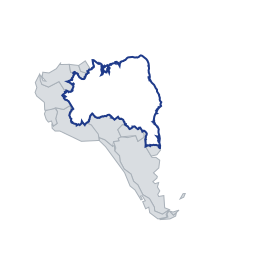 Brazil highlighted on a map of South America, rotated 320°
{"feature_id": "BRA", "entity_name": "Brazil", "entity_type": "country or territory", "adm_level": 0, "iso_a3": "BRA", "parent_name": "South America", "parent_adm1": "", "projection": "natural_earth1", "projection_center": [-55.283, -14.242], "detail": "fine", "context": "in_parent", "style": "outline", "palette": "blue", "viewbox_px": 256, "rotation_deg": 320, "n_neighbors": 12, "source": "natural_earth", "source_scale": "50m", "svg_char_len": 9159}
<svg xmlns="http://www.w3.org/2000/svg" viewBox="0 0 256 256"><g transform="rotate(320 128 128)"><path d="M106.3,218.0L108.4,221.3L114.3,223.7L106.7,224.1L106.3,218.0ZM129.5,153.6L127.5,165.9L130.5,168.4L131.6,173.1L125.9,178.4L118.7,178.7L119.3,184.0L117.9,185.0L112.5,185.1L112.9,188.0L116.4,189.5L112.6,192.1L111.9,196.6L108.1,198.0L107.5,200.2L112.0,202.8L104.8,212.7L107.3,217.2L99.0,216.2L95.1,208.7L97.3,205.7L99.1,195.8L96.5,188.6L99.0,177.9L98.0,172.4L100.7,165.2L98.7,156.9L100.5,148.5L103.6,143.9L103.1,137.0L105.8,135.5L108.2,129.1L112.9,131.9L113.8,129.6L116.6,129.7L121.5,135.1L129.0,138.8L127.0,144.6L134.1,145.3L137.9,140.0L139.1,144.0L129.5,153.6Z" fill="#d9dde1" stroke="#a8b0b8" stroke-width="1"/><path d="M106.3,218.0L106.7,224.1L110.3,224.2L107.9,226.1L101.7,224.6L93.3,218.5L101.3,221.9L102.8,218.8L106.3,218.0ZM99.8,116.8L102.7,122.1L104.5,132.2L106.5,132.5L103.1,137.0L103.6,143.9L100.5,148.5L98.7,156.9L100.7,165.2L98.0,172.4L99.0,177.9L96.5,188.6L99.1,195.8L97.3,205.7L95.1,208.7L99.0,216.2L106.3,217.0L101.6,218.7L100.5,221.3L92.5,216.9L90.2,206.9L93.0,202.0L89.6,201.2L91.9,193.9L94.5,194.9L95.3,189.0L93.7,188.2L93.2,191.8L91.7,191.4L93.5,179.9L92.3,173.8L96.7,160.0L98.8,127.9L97.9,119.0L99.8,116.8Z" fill="#d9dde1" stroke="#a8b0b8" stroke-width="1"/><path d="M122.3,215.8L128.0,213.7L129.7,215.0L126.2,216.8L122.3,215.8Z" fill="#d9dde1" stroke="#a8b0b8" stroke-width="1"/><path d="M129.5,153.6L138.7,158.9L140.0,160.9L138.6,165.8L132.9,167.1L127.7,164.4L129.5,153.6Z" fill="#d9dde1" stroke="#a8b0b8" stroke-width="1"/><path d="M99.6,97.5L110.0,94.0L109.9,99.3L122.1,105.7L123.0,112.9L127.8,113.0L129.6,118.5L128.8,123.7L125.7,121.9L119.1,122.7L117.0,130.3L113.8,129.6L112.9,131.9L108.2,129.1L104.5,132.2L102.7,122.1L99.8,116.8L101.8,102.2L99.6,97.5Z" fill="#d9dde1" stroke="#a8b0b8" stroke-width="1"/><path d="M98.5,78.2L91.1,81.0L88.4,87.5L90.3,93.2L93.0,94.9L97.2,93.3L97.1,97.7L99.6,97.5L101.8,102.2L101.3,113.6L97.9,119.0L83.7,108.2L73.9,86.6L70.2,83.5L69.7,79.5L72.5,75.6L72.1,78.6L76.7,78.9L78.6,74.4L84.4,70.3L85.5,65.9L90.6,72.4L98.1,73.6L96.5,76.6L98.5,78.2Z" fill="#d9dde1" stroke="#a8b0b8" stroke-width="1"/><path d="M106.1,62.1L104.4,59.8L98.7,60.8L100.2,62.9L98.2,64.2L99.7,69.0L98.5,78.2L96.5,76.6L98.1,73.6L90.6,72.4L85.5,65.9L79.6,64.6L75.7,60.8L80.4,54.6L78.6,44.8L79.7,41.0L84.2,38.4L86.2,33.6L95.0,29.9L90.1,39.2L93.4,45.5L105.0,48.1L103.7,57.6L106.1,62.1Z" fill="#d9dde1" stroke="#a8b0b8" stroke-width="1"/><path d="M121.5,50.7L115.6,54.8L111.2,54.0L112.6,58.5L114.9,59.4L107.4,63.6L103.7,57.6L105.0,48.1L93.4,45.5L90.1,39.2L91.2,35.4L93.6,32.1L95.2,31.6L93.2,37.1L95.2,39.3L95.0,33.9L98.6,30.5L102.9,35.1L111.2,36.5L118.7,34.7L116.5,35.5L123.9,41.5L119.8,48.5L121.5,50.7Z" fill="#d9dde1" stroke="#a8b0b8" stroke-width="1"/><path d="M132.0,60.2L126.9,62.1L124.2,60.6L123.4,51.2L119.8,48.5L123.9,41.5L130.4,48.4L128.2,54.0L132.0,60.2Z" fill="#d9dde1" stroke="#a8b0b8" stroke-width="1"/><path d="M137.0,59.0L132.0,60.2L129.3,56.1L128.2,54.0L130.4,48.4L138.4,49.1L137.0,59.0Z" fill="#d9dde1" stroke="#a8b0b8" stroke-width="1"/><path d="M84.8,66.2L84.4,70.3L78.6,74.4L76.7,78.9L72.1,78.6L73.8,73.4L70.8,72.3L70.9,68.8L73.0,63.5L76.1,61.7L84.8,66.2Z" fill="#d9dde1" stroke="#a8b0b8" stroke-width="1"/><path d="M128.0,124.3L128.6,129.9L133.8,130.7L134.8,135.3L137.5,135.5L136.3,143.1L134.1,145.3L127.0,144.6L129.0,138.8L117.0,130.3L119.1,122.7L125.7,121.9L128.0,124.3Z" fill="#d9dde1" stroke="#a8b0b8" stroke-width="1"/><path d="M106.1,62.2L107.4,63.5L108.1,63.5L109.1,62.9L109.5,63.3L109.4,63.7L109.6,63.7L110.5,62.5L112.8,61.3L113.3,60.1L114.7,59.5L114.8,58.8L113.2,58.5L113.3,58.0L112.7,56.5L112.7,55.3L111.6,54.1L111.3,53.4L111.8,53.7L112.8,53.8L113.2,54.4L114.9,54.3L115.9,55.3L116.1,55.3L116.4,55.1L116.5,54.1L117.3,53.7L117.9,53.9L118.7,53.6L120.1,52.7L120.8,52.6L121.7,51.6L121.4,50.7L121.7,50.6L123.0,50.6L123.3,51.0L122.9,52.6L124.0,53.0L124.0,53.5L124.4,54.3L123.7,55.3L123.7,56.0L123.3,57.9L123.6,58.9L123.9,59.2L123.9,60.2L124.1,60.7L125.2,61.8L126.1,62.3L127.0,62.0L127.0,61.6L127.4,61.1L128.2,61.3L128.3,61.0L129.3,60.8L129.9,60.1L130.5,59.9L131.2,60.3L132.1,60.1L133.4,60.4L133.5,59.8L133.0,59.2L133.4,58.4L134.0,58.8L135.9,58.2L136.7,59.0L138.0,59.6L138.9,58.9L139.5,59.2L140.0,59.0L140.2,59.4L140.9,59.4L141.7,58.7L142.5,56.5L144.5,53.2L145.3,53.9L146.5,59.6L146.8,59.6L147.2,60.4L148.4,60.9L148.6,62.4L147.6,63.3L146.4,65.1L145.1,66.0L144.1,68.0L144.0,68.7L143.5,69.2L143.4,69.7L142.8,69.7L141.7,70.2L142.8,70.5L143.5,70.3L146.1,68.5L146.2,68.8L146.0,69.0L146.6,70.8L147.3,71.6L148.3,71.0L149.0,71.3L150.1,70.8L149.2,73.4L149.7,73.0L150.3,71.3L150.9,71.0L151.6,70.1L152.2,70.4L152.5,70.0L152.2,69.8L152.2,69.1L153.1,67.9L154.5,67.7L154.8,68.0L154.8,67.6L155.2,67.6L156.3,68.0L156.8,68.6L157.8,68.7L159.2,69.6L159.7,69.7L160.0,70.7L160.7,70.0L161.6,70.8L161.4,71.0L161.7,70.8L162.0,71.7L161.5,72.3L161.7,72.6L162.3,72.0L162.4,72.6L162.1,72.7L161.9,73.2L161.5,75.0L162.3,74.3L162.8,72.9L163.1,73.0L162.9,73.9L163.5,73.2L164.7,73.0L164.9,72.6L166.0,72.9L167.7,73.8L168.7,73.7L169.7,74.2L172.2,73.8L173.5,74.0L177.2,76.5L178.2,78.0L179.3,79.0L180.1,79.4L180.4,80.0L181.9,80.5L183.4,80.4L184.5,80.6L185.3,81.9L186.3,86.9L186.2,88.8L185.8,90.1L185.3,91.6L184.2,93.4L183.8,93.9L183.5,93.8L183.5,94.3L182.2,96.1L180.8,97.1L179.7,98.8L179.7,98.4L178.9,100.8L177.5,103.0L176.8,103.3L176.8,102.7L176.4,102.3L176.0,102.8L176.2,103.2L176.0,103.9L175.5,104.5L175.3,105.1L175.6,105.2L175.4,106.5L175.5,106.6L175.7,106.4L175.3,108.2L175.7,111.8L174.8,115.6L174.9,117.1L173.7,118.7L173.2,122.5L172.7,123.0L171.7,125.5L170.7,126.4L170.2,127.4L170.0,128.2L170.1,129.6L168.3,130.5L167.6,131.3L167.7,131.9L167.5,132.4L165.2,132.4L164.8,131.7L164.5,131.9L164.6,132.5L162.9,132.8L162.7,132.7L163.5,132.6L163.0,132.3L161.1,132.7L161.0,133.1L161.3,133.3L159.4,134.3L159.0,134.9L157.8,134.9L155.6,136.1L152.8,138.5L153.0,138.6L153.0,138.9L152.3,139.6L152.3,139.3L151.8,139.2L151.6,139.7L151.0,139.4L151.1,139.8L151.8,140.1L151.5,140.7L151.2,140.8L151.4,141.1L151.3,141.8L150.9,142.1L151.2,142.5L151.1,143.3L151.4,144.8L151.1,145.8L151.2,147.3L150.7,148.8L149.6,149.7L148.4,151.1L147.0,154.2L145.5,156.6L142.8,159.1L142.8,158.3L143.2,158.4L143.7,158.1L144.7,157.3L145.0,156.2L145.4,156.2L145.5,155.6L146.1,155.0L146.0,154.2L146.4,154.2L146.4,153.7L145.3,154.0L144.7,153.1L144.7,153.7L145.0,154.0L144.7,155.2L144.5,154.9L144.1,156.2L143.0,157.0L142.5,158.5L142.6,159.3L141.3,162.1L139.6,163.9L139.3,163.6L139.3,162.2L140.2,160.9L139.1,160.0L138.7,159.0L137.6,158.4L136.8,157.3L135.4,156.7L134.3,155.4L133.9,156.0L133.4,156.1L133.3,155.2L131.4,153.3L130.7,153.4L130.5,153.8L129.5,153.5L131.1,151.8L133.6,148.2L134.1,148.2L134.0,147.7L135.5,146.7L136.2,145.8L137.4,145.4L138.6,144.6L138.9,143.9L139.0,141.9L138.5,140.3L138.2,140.1L136.7,140.0L137.2,138.7L137.5,135.8L137.6,135.6L136.7,134.9L135.3,135.5L134.8,135.3L134.2,132.2L134.3,131.6L133.8,130.7L132.7,130.4L132.3,129.8L131.8,130.3L131.1,130.4L128.8,130.0L128.5,129.8L128.9,126.7L128.0,124.3L128.8,123.7L128.1,123.1L129.1,121.0L128.9,120.6L129.6,118.6L128.8,116.6L128.4,116.6L127.4,115.7L127.2,114.2L127.5,113.0L123.0,112.9L122.8,110.6L122.0,109.5L122.7,109.5L122.7,108.1L122.2,106.9L122.4,106.4L122.1,105.7L120.7,104.9L118.9,105.0L118.1,103.9L116.5,103.4L115.8,102.5L115.1,102.5L114.2,101.9L113.6,102.1L112.4,101.8L112.1,101.3L110.9,100.5L110.7,99.8L109.9,98.3L110.1,97.7L109.8,96.2L110.1,95.2L109.9,93.9L106.9,94.4L104.9,95.9L104.1,96.7L103.2,96.8L102.7,97.6L101.9,97.9L100.4,97.5L98.5,97.4L97.6,97.8L97.1,97.5L96.8,97.7L96.8,94.2L97.0,93.1L95.3,94.6L93.0,94.7L93.0,94.3L92.5,93.3L90.4,93.0L91.0,92.2L91.0,91.8L89.5,89.9L88.9,88.7L89.1,88.3L88.3,87.6L88.4,87.1L89.0,86.9L88.8,86.3L88.9,85.8L90.5,84.5L90.2,83.4L90.8,82.1L91.1,80.6L93.7,78.8L95.8,78.3L96.3,77.8L97.3,77.8L97.7,78.2L98.3,78.2L99.7,69.2L99.2,68.0L99.2,67.2L98.1,66.1L98.1,64.1L99.6,63.6L100.4,63.8L100.3,63.2L100.0,62.7L98.6,62.7L98.6,60.8L99.4,60.6L102.8,60.8L102.6,60.4L102.8,60.0L103.4,60.7L104.8,59.6L105.5,60.8L105.6,62.3L106.1,62.2ZM149.3,66.4L150.6,66.2L152.4,66.6L151.9,68.3L151.2,69.3L151.3,69.8L150.7,70.1L150.4,69.8L150.3,70.4L149.6,70.1L149.4,70.7L148.8,70.9L148.2,70.7L147.1,70.9L146.4,69.3L146.5,69.0L146.9,68.9L146.6,68.9L146.3,68.4L146.7,66.5L147.7,66.1L149.3,66.4ZM145.1,68.7L143.5,70.0L144.1,68.9L144.1,68.2L144.5,67.6L145.2,67.3L145.4,67.7L145.1,68.7ZM147.7,65.1L149.1,65.1L148.5,65.8L147.5,65.6L147.7,65.1ZM147.5,65.0L147.2,65.8L146.8,65.6L147.4,64.0L147.5,65.0ZM149.7,66.1L149.1,66.2L148.8,66.0L149.6,65.5L149.9,65.7L149.7,66.1ZM146.7,66.1L146.0,66.7L145.7,66.4L145.8,66.0L146.2,65.9L146.7,65.9L146.7,66.1ZM148.0,64.6L147.7,64.7L147.6,64.2L148.2,63.9L148.0,64.6ZM147.6,60.1L147.2,60.2L147.1,59.6L147.5,59.5L147.6,60.1ZM151.7,145.4L151.3,146.6L151.4,145.9L151.7,145.4ZM159.4,134.7L159.5,135.3L159.1,135.1L159.4,134.7ZM151.3,142.5L151.1,142.1L151.5,141.8L151.3,142.5ZM162.1,74.3L161.9,74.5L161.9,73.8L162.2,73.6L162.1,74.3ZM176.6,103.4L176.1,103.6L176.4,103.1L176.6,103.4ZM162.3,133.0L161.9,133.2L162.1,132.8L162.3,133.0ZM175.8,104.6L175.6,105.0L175.5,104.7L175.8,104.6ZM161.2,69.6L160.9,69.8L160.8,69.7L160.9,69.4L161.2,69.6Z" fill="none" stroke="#1e3a8a" stroke-width="2"/></g></svg>